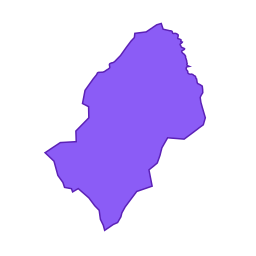 Caxir, Arhangay, Mongolia, rotated 155°
{"feature_id": "93677404B64236093980900", "entity_name": "Caxir", "entity_type": "district", "adm_level": 2, "iso_a3": "MNG", "parent_name": "Mongolia", "parent_adm1": "Arhangay", "projection": "albers", "projection_center": [98.445, 47.977], "detail": "fine", "context": "isolated", "style": "filled", "palette": "violet", "viewbox_px": 256, "rotation_deg": 155, "n_neighbors": 0, "source": "geoboundaries", "source_scale": "gbopen_adm2", "svg_char_len": 2212}
<svg xmlns="http://www.w3.org/2000/svg" viewBox="0 0 256 256"><g transform="rotate(155 128 128)"><path d="M211.6,114.6L210.0,106.2L210.6,101.0L204.9,96.9L205.2,93.5L198.7,94.1L193.0,81.2L191.0,71.6L188.9,65.6L191.6,56.9L191.5,50.4L192.4,45.1L182.1,46.8L181.9,46.8L177.4,46.7L172.0,50.5L169.4,53.7L163.9,57.7L157.6,61.1L146.9,66.8L130.7,65.1L128.6,73.6L126.7,81.2L124.0,81.9L122.7,82.2L121.5,82.5L121.4,82.5L116.3,83.9L112.5,87.7L110.3,90.0L108.8,91.9L105.5,95.9L105.3,96.0L105.0,96.2L96.2,102.4L92.4,100.2L89.2,98.4L81.8,94.2L77.0,95.2L66.0,97.5L65.2,97.7L64.7,97.8L63.5,98.1L58.4,99.1L53.6,104.6L52.0,115.1L51.1,120.5L50.3,123.1L49.7,125.1L48.2,126.5L45.3,128.4L44.0,131.5L43.0,134.6L44.3,136.7L45.1,137.7L46.0,138.8L46.1,139.4L46.1,140.0L45.1,143.5L45.4,144.0L45.4,144.4L45.2,145.3L45.1,146.1L45.4,147.0L45.8,147.4L46.1,147.7L46.6,149.0L47.2,149.6L47.8,150.1L49.1,150.5L49.9,151.3L50.4,152.3L50.5,152.7L50.3,153.2L49.9,154.1L50.0,154.7L50.4,156.1L50.2,157.2L49.7,158.0L49.0,158.5L47.8,158.3L46.4,157.9L47.3,158.9L47.9,160.2L47.9,160.7L47.4,161.2L47.1,161.4L47.0,162.3L46.8,163.1L46.4,164.2L46.1,166.5L46.1,167.4L45.5,168.7L45.5,168.9L45.8,170.9L46.5,172.2L47.0,173.4L47.1,174.4L46.8,175.1L44.8,175.3L43.7,175.4L43.4,175.7L43.2,176.1L43.9,176.8L44.6,177.8L45.4,178.5L45.5,179.5L45.4,180.3L45.6,181.1L45.6,181.6L45.1,182.1L44.3,182.2L43.5,182.4L42.6,182.7L42.4,182.9L42.8,183.3L43.4,183.6L43.7,183.9L43.6,184.2L43.1,184.8L42.7,185.2L42.8,185.7L43.6,186.7L44.1,187.2L44.8,187.7L45.0,188.0L45.0,188.5L44.6,189.0L43.6,190.2L43.2,191.2L43.7,192.3L44.6,193.4L45.3,193.9L46.4,194.3L47.0,194.5L47.4,195.0L47.4,195.9L47.2,196.4L47.3,197.1L48.0,197.9L48.4,198.2L48.9,198.4L54.4,202.7L53.7,208.7L58.4,209.4L70.9,207.4L81.8,210.9L84.0,207.3L88.5,205.5L95.6,201.7L104.2,196.8L112.1,193.8L114.2,193.6L115.0,193.9L115.9,194.0L117.1,194.0L117.6,193.8L118.1,193.3L118.3,192.7L118.7,191.1L119.0,190.5L119.3,190.2L120.6,189.9L121.3,189.7L122.1,189.7L123.9,189.4L125.6,189.1L127.5,189.3L129.5,190.2L131.3,190.9L132.3,190.9L134.1,189.5L138.8,187.2L151.0,180.3L158.9,169.4L154.7,164.0L159.2,153.8L176.5,147.3L180.7,137.5L195.5,143.4L213.6,140.7L209.1,129.2L211.6,114.6Z" fill="#8b5cf6" stroke="#5b21b6" stroke-width="1.5"/></g></svg>